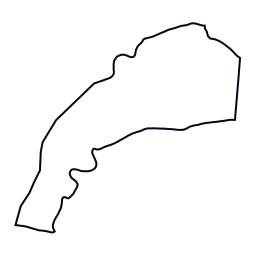 the district of Coolie Town, Praslin, Saint Lucia, rotated 91°
{"feature_id": "8701671B21751079889511", "entity_name": "Coolie Town", "entity_type": "district", "adm_level": 2, "iso_a3": "LCA", "parent_name": "Saint Lucia", "parent_adm1": "Praslin", "projection": "albers", "projection_center": [-60.913, 13.854], "detail": "fine", "context": "isolated", "style": "outline", "palette": "ink", "viewbox_px": 256, "rotation_deg": 91, "n_neighbors": 0, "source": "geoboundaries", "source_scale": "gbopen_adm2", "svg_char_len": 5841}
<svg xmlns="http://www.w3.org/2000/svg" viewBox="0 0 256 256"><g transform="rotate(91 128 128)"><path d="M24.3,53.1L24.3,54.1L24.3,54.5L24.2,54.9L24.1,56.0L23.8,57.1L23.8,57.5L23.4,58.6L23.3,59.0L23.3,59.4L23.0,60.1L22.8,60.8L22.6,61.2L22.5,62.0L22.4,62.4L22.3,62.7L22.3,63.1L22.2,64.3L22.2,65.4L22.3,65.9L22.3,66.3L22.5,66.8L22.6,67.2L22.7,67.5L23.1,68.6L23.5,69.3L24.1,71.2L24.3,72.0L24.4,72.4L24.4,72.8L24.5,73.8L24.6,74.1L24.7,74.6L24.7,75.0L24.8,75.5L24.9,75.9L25.0,76.4L25.2,77.2L25.3,77.6L25.6,78.4L25.7,78.7L26.3,80.3L26.5,80.7L27.1,82.6L27.3,83.2L27.6,84.0L27.8,84.7L28.0,85.6L28.3,86.5L28.6,87.7L28.9,88.6L29.4,89.8L30.3,91.8L31.0,93.2L32.0,95.6L32.1,96.1L32.3,96.4L33.6,99.1L33.8,99.4L34.1,100.2L35.6,103.5L36.4,105.5L36.6,106.0L36.7,106.4L36.8,106.7L37.0,107.5L37.2,108.4L37.4,109.1L37.5,109.5L37.6,109.9L37.7,110.3L37.9,111.0L38.1,112.0L38.4,112.7L38.6,113.0L38.8,113.4L39.2,114.0L39.4,114.3L39.7,114.5L40.8,115.0L41.5,115.3L42.1,115.8L42.8,116.4L43.1,116.7L44.0,117.6L44.2,117.9L44.5,118.2L45.1,118.8L45.7,119.3L45.9,119.5L46.9,120.1L48.4,120.8L49.5,121.2L49.8,121.3L50.2,121.4L50.5,121.5L50.8,121.6L51.2,121.7L52.1,121.8L53.9,122.0L54.3,122.1L54.6,122.2L55.0,122.3L55.3,122.5L55.6,122.8L56.2,123.3L56.5,123.5L56.7,123.8L56.9,124.2L57.0,124.6L57.1,125.0L57.1,126.1L57.1,126.4L56.6,127.9L56.3,128.7L56.2,129.0L55.9,129.7L55.6,130.3L55.3,131.5L55.0,132.3L54.8,133.1L54.8,133.8L54.8,135.2L54.8,135.7L55.2,136.8L55.3,137.2L55.4,137.5L55.6,137.9L56.2,139.1L56.8,140.0L57.3,140.7L58.3,141.4L58.7,141.6L59.0,141.8L59.7,142.2L60.4,142.7L60.8,142.9L61.7,143.1L62.5,143.3L62.9,143.3L63.3,143.4L64.2,143.4L64.5,143.4L65.2,143.5L65.6,143.4L68.7,143.4L69.5,143.4L69.8,143.4L70.8,143.2L71.3,143.1L71.6,143.1L73.2,143.1L73.9,143.2L74.3,143.3L74.6,143.5L75.3,143.9L75.9,144.3L76.2,144.5L76.8,145.1L78.2,146.8L84.1,162.7L121.3,200.0L143.7,213.1L153.3,214.8L171.9,215.3L184.6,221.3L194.2,225.2L208.1,233.9L227.0,238.8L228.2,228.6L232.0,214.7L232.0,212.1L232.8,206.8L233.8,202.3L233.6,201.1L233.3,200.3L232.7,199.5L229.8,200.9L228.4,201.3L227.7,201.4L227.0,201.4L226.3,201.3L226.0,201.2L225.6,201.2L225.2,201.1L224.9,200.9L224.5,200.9L224.2,200.8L223.8,200.7L223.2,200.5L222.1,200.1L221.8,199.9L221.3,199.8L220.7,199.5L220.0,199.1L219.3,198.8L218.7,198.5L217.7,197.9L216.8,197.2L216.4,197.0L215.8,196.7L215.5,196.5L214.8,196.3L214.5,196.1L213.5,195.6L212.8,195.3L212.1,195.0L210.4,194.2L208.8,193.6L208.1,193.5L207.7,193.4L207.4,193.3L206.7,193.2L205.5,193.1L204.5,193.0L203.4,192.8L201.9,192.7L200.8,192.7L200.4,192.6L199.4,192.2L199.0,192.0L198.8,191.8L198.5,191.5L198.3,191.1L198.2,190.8L198.2,190.3L198.3,189.6L198.4,189.2L198.8,188.6L199.1,187.9L199.3,187.5L199.3,187.1L199.3,186.7L199.2,186.2L199.1,185.9L198.9,185.6L198.4,185.0L197.8,184.4L197.2,183.8L196.9,183.6L195.6,182.3L194.9,181.8L194.5,181.5L194.2,181.2L193.8,181.0L193.4,180.8L192.0,180.2L191.3,179.8L190.4,179.2L190.0,178.9L189.4,178.6L189.0,178.4L188.3,178.2L187.7,177.9L186.5,177.6L185.9,177.3L185.5,177.4L185.2,177.4L184.8,177.5L184.5,177.7L183.8,178.0L183.2,178.5L182.9,178.7L182.4,179.2L182.1,179.4L181.6,180.0L181.1,180.6L180.4,181.5L179.3,183.0L179.0,183.3L178.5,183.9L178.2,184.1L177.5,184.3L177.2,184.5L176.6,184.8L176.2,185.0L175.6,185.3L175.2,185.4L174.8,185.5L173.7,185.3L173.3,185.2L172.9,185.1L172.6,185.0L171.6,184.5L171.3,184.2L171.0,184.0L170.8,183.7L170.6,183.3L170.5,183.0L170.3,182.6L170.2,181.9L170.2,180.6L170.3,180.2L170.3,179.8L170.3,179.4L170.5,178.2L170.6,177.8L170.7,177.4L171.7,174.5L171.8,174.0L171.8,173.6L171.9,173.2L172.0,172.3L172.0,171.0L171.9,170.6L172.0,167.8L171.9,167.2L171.8,166.4L171.7,166.1L171.6,165.6L171.5,165.2L171.3,164.4L171.2,164.1L170.8,163.3L170.6,163.0L169.9,161.6L169.4,161.0L168.8,160.5L168.6,160.2L168.2,160.0L167.8,159.7L167.2,159.4L166.5,159.2L165.8,159.0L164.3,159.0L163.9,159.1L163.2,159.2L162.8,159.3L162.1,159.5L161.4,159.8L160.6,160.1L160.3,160.3L159.0,160.8L157.4,161.6L154.4,163.0L153.9,163.1L153.1,163.4L152.3,163.4L151.9,163.3L151.2,163.1L150.7,162.9L150.4,162.8L150.0,162.6L149.7,162.4L149.5,162.1L149.3,161.7L149.3,161.3L149.3,160.9L149.5,160.5L149.6,160.2L150.0,159.1L150.0,158.6L150.0,157.7L149.9,156.9L149.8,156.6L149.6,155.8L149.3,155.0L148.7,153.8L147.5,151.4L147.2,150.7L146.8,149.9L146.6,149.1L146.3,148.3L145.4,145.8L144.7,143.9L144.2,142.7L143.5,141.2L142.6,139.5L142.4,139.1L142.1,138.4L141.1,136.8L140.4,135.7L139.7,134.6L139.5,134.2L139.1,133.5L138.9,133.2L138.3,132.0L136.5,129.1L136.3,128.7L136.1,128.4L135.8,128.0L135.4,127.2L134.0,124.6L133.6,123.7L133.4,123.2L133.0,122.0L132.4,120.5L131.9,119.2L131.1,116.4L130.9,115.7L130.7,115.4L130.6,115.0L130.3,114.3L130.0,113.6L129.7,113.3L129.6,113.0L128.9,111.4L128.8,111.1L128.4,110.0L128.3,109.6L128.2,108.8L128.1,108.3L128.0,107.0L128.0,105.8L128.0,105.3L128.0,104.5L127.9,103.8L127.9,102.8L127.9,102.3L127.9,98.0L128.0,97.5L128.0,93.6L128.0,93.2L128.1,90.5L128.2,89.5L128.2,88.3L128.3,87.9L128.3,86.8L128.4,85.5L128.4,84.5L128.6,81.7L128.7,81.0L128.7,80.5L128.9,78.9L128.9,78.5L129.0,78.1L129.0,77.4L129.0,76.2L128.9,73.7L128.8,73.1L128.8,72.7L128.5,72.0L128.4,71.6L128.3,71.1L128.0,70.4L127.2,69.0L127.0,68.5L126.8,68.2L126.4,67.5L126.1,67.1L125.9,66.8L125.7,66.4L125.4,65.6L125.0,64.5L124.6,63.3L124.4,62.2L124.2,61.1L124.1,60.7L124.0,59.8L123.8,59.1L123.7,58.2L123.4,57.2L123.0,56.0L122.7,54.9L122.3,53.6L122.0,52.1L121.6,49.7L121.5,49.3L121.3,47.6L121.0,45.9L120.8,44.1L120.7,43.7L120.7,43.2L120.5,42.0L120.5,41.6L120.4,40.5L120.2,39.2L120.1,38.8L120.1,38.4L120.0,38.0L120.0,37.6L119.9,37.0L119.7,36.2L119.5,34.8L119.3,33.3L119.1,31.8L118.8,30.6L118.8,30.3L118.6,29.5L118.6,29.0L118.5,28.7L118.4,28.3L118.4,28.0L118.2,27.1L118.0,25.0L118.0,24.1L118.0,21.2L76.0,18.4L56.0,17.2L54.0,20.2L47.8,26.3L42.6,33.1L40.4,36.5L38.9,39.6L37.7,43.0L37.1,47.3L34.8,49.6L29.9,51.1L27.2,52.8L24.3,53.1Z" fill="none" stroke="#020617" stroke-width="2"/></g></svg>